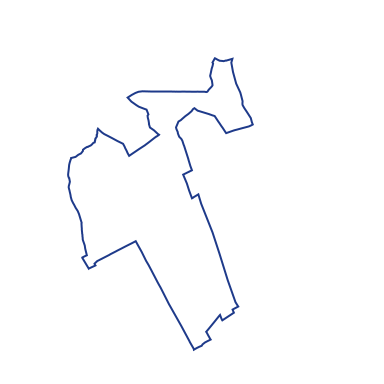 Cuapiaxtla de Madero, Puebla, Mexico (Robinson projection), rotated 42°
{"feature_id": "50627088B85656564862732", "entity_name": "Cuapiaxtla de Madero", "entity_type": "district", "adm_level": 2, "iso_a3": "MEX", "parent_name": "Mexico", "parent_adm1": "Puebla", "projection": "robinson", "projection_center": [-97.835, 18.928], "detail": "fine", "context": "isolated", "style": "outline", "palette": "blue", "viewbox_px": 384, "rotation_deg": 42, "n_neighbors": 0, "source": "geoboundaries", "source_scale": "gbopen_adm2", "svg_char_len": 4307}
<svg xmlns="http://www.w3.org/2000/svg" viewBox="0 0 384 384"><g transform="rotate(42 192 192)"><path d="M253.6,219.4L234.3,208.3L206.7,194.6L201.4,191.4L198.3,189.5L196.6,195.1L196.6,195.6L196.2,196.7L188.8,192.8L182.5,189.1L173.8,185.0L177.4,175.9L176.5,175.4L173.6,173.9L167.5,170.2L167.3,170.0L155.3,163.0L154.2,162.5L150.6,160.4L148.6,159.7L145.5,159.5L142.3,157.9L141.3,157.0L138.4,155.7L136.9,154.7L134.8,148.7L135.6,146.1L135.8,144.1L136.3,140.1L137.1,136.3L137.6,132.2L137.3,129.8L137.7,128.1L141.7,127.8L152.8,122.6L153.0,122.6L153.8,122.2L155.6,121.5L158.0,120.4L160.4,121.0L164.6,122.1L165.6,122.3L170.3,123.5L171.4,123.7L172.2,123.9L174.1,124.4L177.1,125.2L178.0,125.4L181.6,118.8L182.1,118.0L182.1,117.9L183.9,115.2L186.6,111.0L188.7,107.8L190.4,105.2L191.4,102.9L192.0,101.2L189.7,100.0L186.2,97.7L184.0,97.1L181.5,96.4L178.9,95.7L176.5,95.1L174.6,94.6L171.6,93.6L171.1,93.3L170.6,92.8L170.0,92.2L169.2,91.1L168.8,90.7L168.3,90.3L167.5,89.8L163.3,87.0L161.2,85.7L152.3,81.9L142.2,75.4L134.7,69.6L132.9,66.0L129.5,71.5L129.2,71.6L128.0,73.5L127.7,73.8L127.3,74.0L124.5,76.1L124.0,76.1L122.8,76.5L119.7,77.2L119.5,77.3L119.9,79.0L120.6,82.1L121.7,82.4L123.0,84.7L124.2,87.4L124.3,87.5L124.7,88.2L126.4,91.1L127.8,93.6L128.3,93.9L129.0,94.3L129.7,94.7L131.4,95.5L132.0,95.7L132.3,96.0L133.2,96.7L134.4,97.7L135.8,98.9L136.0,99.5L136.1,101.1L136.0,103.9L136.0,104.0L136.0,105.0L136.2,106.1L136.3,107.2L136.1,107.6L135.7,108.2L134.1,109.2L133.0,110.2L131.8,111.3L130.4,112.5L128.5,114.2L128.1,114.6L124.4,117.9L124.3,118.0L118.6,123.0L118.4,123.2L115.1,126.2L113.3,127.8L113.0,128.1L111.5,129.4L107.9,132.5L105.5,134.7L103.4,136.6L100.8,138.9L93.9,145.1L87.8,150.3L85.2,153.3L83.7,156.2L82.3,160.1L81.0,164.9L86.5,165.4L88.9,165.1L92.4,164.7L95.4,164.2L100.4,162.3L103.1,161.2L107.7,163.5L107.9,165.0L109.5,166.4L111.8,167.9L114.4,170.0L114.5,170.3L117.6,172.2L122.5,171.6L127.9,171.7L129.2,171.5L129.2,171.8L128.5,174.6L128.3,174.9L128.3,175.0L127.9,176.9L127.0,182.1L126.9,182.7L126.6,184.3L126.2,186.4L125.8,188.3L125.8,188.6L124.4,193.8L123.9,195.7L123.0,199.4L122.0,203.4L121.1,207.2L118.2,206.2L115.5,205.0L113.0,204.1L111.8,203.5L110.5,203.0L108.5,202.3L102.5,204.0L96.7,205.4L92.0,206.6L88.7,207.5L87.9,207.7L85.4,208.0L83.5,208.0L81.5,208.0L79.8,207.9L80.2,209.1L80.9,210.1L81.4,210.8L82.2,211.5L82.6,212.2L82.9,212.9L82.9,213.2L83.1,213.3L83.4,213.5L83.5,214.0L84.1,214.3L84.3,214.8L84.3,215.5L84.5,216.2L84.4,216.8L84.6,217.2L85.0,217.6L85.1,217.8L85.1,218.0L85.2,218.3L85.4,218.4L85.4,218.5L85.5,218.7L85.6,218.9L85.9,219.2L86.2,219.6L86.5,220.3L85.9,221.2L85.8,221.9L85.8,222.8L85.8,223.8L85.6,225.2L85.2,226.1L84.6,227.5L84.4,228.3L84.0,228.5L83.7,229.1L83.5,229.9L83.2,230.9L82.7,233.5L83.5,234.6L83.7,237.6L82.6,240.4L82.0,243.8L79.4,247.7L79.9,248.3L80.2,249.3L81.6,252.3L82.6,254.1L85.2,257.6L87.5,260.9L88.4,262.1L89.0,262.6L89.4,263.0L90.0,263.3L91.0,263.9L91.4,263.8L94.4,266.1L95.7,268.5L96.5,270.1L97.4,271.2L99.2,272.4L99.6,272.6L100.8,273.5L102.4,274.6L103.8,275.6L105.1,276.7L106.5,277.6L108.1,278.6L109.6,279.2L111.1,279.8L112.7,280.3L114.3,280.9L116.1,281.6L118.0,282.1L119.8,282.6L121.7,283.5L122.6,283.9L130.7,288.8L131.1,289.6L131.7,290.1L132.3,290.7L133.0,291.4L133.6,292.0L134.3,292.6L135.0,293.4L135.6,294.0L136.2,294.5L136.8,295.1L137.3,295.5L137.8,296.0L138.3,296.5L138.8,296.8L139.4,297.3L140.2,298.2L141.1,298.9L141.9,299.7L142.7,300.5L143.9,301.2L146.3,302.5L148.2,303.6L150.6,305.6L156.2,309.4L156.1,309.6L155.3,311.5L154.3,314.1L154.4,314.3L166.5,318.0L166.5,317.9L166.8,317.3L169.4,311.2L168.3,310.9L167.5,310.5L167.8,306.7L172.6,294.2L173.0,292.8L175.1,287.3L175.7,285.6L177.2,281.7L178.7,277.7L180.4,273.3L181.5,270.5L183.1,266.2L186.8,267.5L194.7,270.2L204.0,273.9L208.5,275.3L214.8,277.6L216.1,278.1L221.5,280.1L227.1,282.2L230.0,283.2L233.0,284.2L250.3,290.9L251.0,291.1L273.6,298.7L290.3,304.7L290.6,304.9L298.3,307.4L298.9,307.9L299.5,306.1L300.0,304.6L301.0,302.1L302.1,299.8L301.8,298.2L302.3,295.2L303.1,293.0L304.6,289.2L303.5,288.9L299.1,287.4L298.1,287.0L296.6,286.5L296.1,286.4L296.0,283.2L295.6,274.7L295.4,271.0L295.3,269.6L295.1,265.5L295.1,264.6L298.6,266.4L300.0,267.0L300.4,267.1L303.9,253.7L302.4,253.0L300.8,252.2L303.0,246.2L298.1,244.8L277.5,233.6L265.9,226.7L253.6,219.4Z" fill="none" stroke="#1e3a8a" stroke-width="2"/></g></svg>